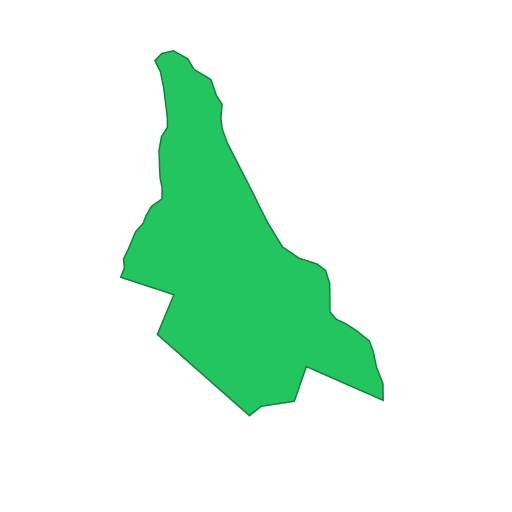 outline of Bernardino Batista, Paraíba, Brazil, rotated 117°
{"feature_id": "56859067B48691162320269", "entity_name": "Bernardino Batista", "entity_type": "district", "adm_level": 2, "iso_a3": "BRA", "parent_name": "Brazil", "parent_adm1": "Paraíba", "projection": "natural_earth1", "projection_center": [-38.57, -6.476], "detail": "fine", "context": "isolated", "style": "filled", "palette": "green", "viewbox_px": 512, "rotation_deg": 117, "n_neighbors": 0, "source": "geoboundaries", "source_scale": "gbopen_adm2", "svg_char_len": 828}
<svg xmlns="http://www.w3.org/2000/svg" viewBox="0 0 512 512"><g transform="rotate(117 256 256)"><path d="M118.4,431.9L127.8,434.8L135.2,424.8L148.2,414.5L173.1,397.7L181.5,393.4L192.6,394.4L206.1,390.3L215.2,385.2L222.4,381.3L230.7,376.4L237.6,370.8L247.8,365.7L259.3,371.7L270.0,372.3L278.1,371.4L289.1,374.3L307.1,372.9L318.9,372.7L326.4,367.8L336.4,366.9L327.8,311.6L370.7,308.3L401.3,189.4L387.4,183.0L368.0,155.9L331.7,160.9L326.9,77.2L312.3,84.8L300.2,98.3L287.6,108.4L280.3,116.4L277.0,131.9L275.6,145.3L275.9,155.9L272.2,164.8L259.1,171.5L247.0,177.9L237.2,187.5L235.4,198.0L238.4,216.6L235.9,236.5L220.7,261.1L210.5,275.1L202.9,285.1L168.1,333.1L158.1,343.8L149.0,349.9L136.1,355.2L131.4,363.7L119.3,376.2L117.9,395.9L111.3,406.3L110.7,422.9L118.4,431.9Z" fill="#22c55e" stroke="#15803d" stroke-width="1.5"/></g></svg>